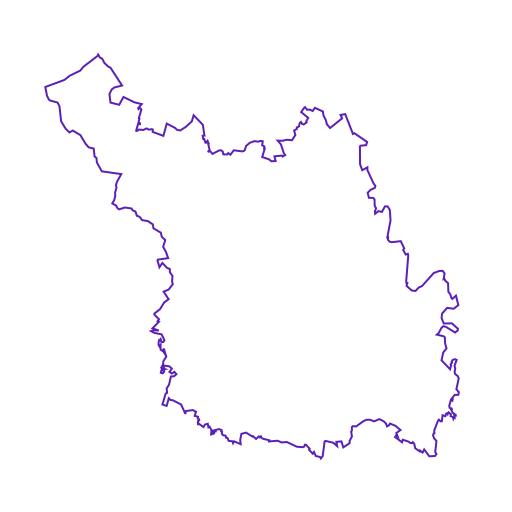 Sincelejo, Sucre, Colombia (Natural Earth projection), rotated 356°
{"feature_id": "7082276B68142499203248", "entity_name": "Sincelejo", "entity_type": "district", "adm_level": 2, "iso_a3": "COL", "parent_name": "Colombia", "parent_adm1": "Sucre", "projection": "natural_earth1", "projection_center": [-75.431, 9.328], "detail": "fine", "context": "isolated", "style": "outline", "palette": "violet", "viewbox_px": 512, "rotation_deg": 356, "n_neighbors": 0, "source": "geoboundaries", "source_scale": "gbopen_adm2", "svg_char_len": 6123}
<svg xmlns="http://www.w3.org/2000/svg" viewBox="0 0 512 512"><g transform="rotate(356 256 256)"><path d="M227.6,442.6L227.4,438.5L229.0,432.4L233.7,431.5L239.9,435.9L240.4,435.5L243.3,438.5L246.3,436.2L247.0,437.1L248.3,436.3L248.7,437.7L250.5,438.9L256.3,440.7L256.0,441.9L264.7,441.8L268.6,443.8L273.8,443.7L283.4,449.1L289.4,450.0L290.8,449.5L291.5,447.7L292.6,447.7L296.1,452.0L295.4,453.0L298.8,457.2L300.2,455.5L301.6,459.6L305.8,461.0L306.6,462.5L308.6,460.2L311.5,445.8L312.4,445.3L320.1,447.7L323.7,451.3L323.2,447.0L328.3,446.9L329.7,453.0L336.3,449.3L336.5,447.0L339.1,442.7L338.7,437.9L339.5,436.7L339.7,433.4L340.8,432.5L344.0,433.0L351.7,428.2L354.9,427.1L358.3,427.3L362.2,429.2L367.7,427.3L371.9,429.8L374.0,432.2L374.8,435.1L376.8,434.2L378.0,432.5L383.2,435.1L388.0,439.7L383.6,442.4L384.7,445.8L383.3,444.7L382.1,446.3L388.7,452.0L389.6,449.5L395.4,451.9L396.9,453.4L398.9,453.5L399.5,452.7L400.8,454.4L401.4,458.9L405.7,462.3L406.0,461.5L408.5,463.7L410.3,460.7L414.9,467.9L420.5,468.0L422.2,466.2L421.1,464.1L423.1,453.1L420.9,450.2L420.1,447.2L420.8,445.4L421.6,445.3L421.6,442.6L426.0,433.1L427.1,432.0L428.5,433.8L429.8,433.8L431.0,427.9L433.7,429.0L434.7,426.5L436.1,426.1L436.3,426.9L437.2,425.4L439.3,427.3L438.9,429.2L441.2,430.5L441.5,432.0L441.9,431.1L442.9,431.5L442.8,429.3L444.2,429.2L444.0,428.2L442.6,428.2L442.6,427.1L441.4,426.4L439.9,422.8L440.7,422.5L440.4,421.7L438.6,421.0L438.3,419.0L440.3,413.4L441.8,414.1L442.3,412.5L441.3,411.9L444.6,408.4L448.1,408.6L448.9,406.0L446.6,403.0L449.7,392.1L448.9,389.9L446.4,387.6L446.0,385.5L446.9,382.5L446.4,379.3L448.9,373.7L447.4,372.8L444.9,373.4L443.7,375.3L444.2,376.0L442.5,377.8L443.0,378.7L441.7,382.5L433.8,373.0L436.1,365.2L439.6,361.5L438.5,355.9L438.7,350.3L437.7,349.2L430.9,347.1L432.8,345.7L436.0,340.6L437.9,339.1L440.6,340.0L449.3,346.2L452.0,344.3L452.4,342.7L446.8,336.9L438.6,336.4L436.8,330.8L437.6,326.4L443.0,321.1L449.6,322.4L454.4,319.1L452.7,309.5L448.8,312.5L447.8,311.1L447.3,308.1L445.4,305.1L445.7,296.5L442.9,293.6L442.4,291.9L441.5,292.2L442.9,286.6L441.2,283.8L437.5,283.8L432.1,285.4L419.6,297.5L416.0,298.9L412.7,302.0L409.0,301.3L404.1,296.3L405.1,293.5L404.1,293.3L404.1,291.5L407.9,266.2L407.6,264.4L405.5,265.0L403.2,260.3L404.4,258.7L401.4,251.3L392.3,251.7L390.6,251.2L388.7,249.0L389.1,246.6L388.3,246.6L392.7,229.8L392.7,219.4L390.8,215.7L388.1,215.5L384.7,220.8L381.2,219.8L377.8,222.2L377.7,219.8L379.1,216.9L377.9,213.9L378.2,207.8L376.9,206.2L372.7,205.8L371.8,200.7L375.0,197.9L379.2,196.4L380.0,194.5L378.1,191.3L373.1,178.0L373.3,175.3L368.0,177.8L366.2,171.7L367.3,154.1L367.8,153.3L373.6,153.1L374.8,150.0L362.6,140.3L361.2,141.0L354.9,120.7L350.2,121.2L351.5,124.7L338.8,133.5L335.9,129.5L335.1,125.1L333.2,120.9L332.8,116.5L325.1,112.3L322.6,115.3L319.9,113.7L317.2,113.7L315.3,110.9L314.6,111.3L311.1,115.6L317.7,121.8L315.5,125.3L315.8,126.3L312.7,128.1L311.4,127.6L310.2,125.4L308.9,126.4L307.9,129.8L305.7,130.6L305.6,132.1L302.8,133.5L303.7,138.0L300.0,143.0L294.9,142.2L290.5,142.9L285.7,142.4L288.7,146.5L290.9,155.3L292.2,157.4L289.4,158.6L288.8,157.6L281.3,157.9L282.2,162.6L278.0,162.6L275.6,160.4L269.1,157.7L272.2,149.5L271.5,149.3L272.0,147.3L269.9,146.0L270.7,142.0L268.5,141.5L266.2,142.1L262.6,141.3L257.8,142.6L253.8,145.5L252.2,149.6L251.3,150.3L249.7,150.7L241.2,149.0L237.5,153.2L235.5,151.4L234.3,152.7L230.5,152.3L230.0,149.3L228.5,148.1L226.4,148.2L219.7,151.1L217.4,148.0L215.1,148.9L217.1,147.0L216.1,140.7L216.6,140.5L215.7,137.7L215.2,138.2L215.8,139.1L213.5,139.5L212.5,135.7L211.6,135.7L211.2,132.3L213.0,132.3L212.1,121.4L203.6,111.2L201.4,117.2L195.0,122.3L189.1,125.5L185.9,124.5L184.2,122.6L176.2,117.7L172.0,129.7L161.6,125.0L161.9,122.7L161.0,122.2L157.9,122.5L155.9,121.1L152.3,122.4L148.2,121.7L146.1,123.0L145.2,122.7L147.5,116.2L149.4,116.4L149.6,115.6L148.0,114.9L149.3,110.8L148.7,110.4L151.9,101.9L150.4,100.0L149.1,101.2L148.8,100.3L152.6,96.5L145.4,94.2L134.9,88.1L130.1,95.6L121.5,92.8L121.1,84.1L123.8,79.7L126.5,78.0L134.3,76.6L123.9,57.9L121.7,56.7L118.2,52.8L116.3,48.4L114.2,47.2L112.6,44.0L111.7,45.5L97.0,55.2L93.6,58.8L82.9,63.1L77.1,67.0L57.6,72.7L58.7,81.6L60.3,85.5L61.6,86.6L68.8,89.1L70.4,93.0L71.0,108.0L75.0,115.8L78.5,119.7L82.0,118.1L89.2,123.1L93.9,132.3L96.6,135.9L101.6,137.5L101.9,145.4L103.7,147.1L103.8,151.6L108.1,160.8L127.3,164.9L122.4,172.4L121.2,175.8L121.6,178.0L119.8,183.2L119.8,186.2L118.5,190.3L116.3,193.6L120.2,196.1L120.6,197.9L122.5,199.9L128.7,198.5L135.1,199.9L136.2,201.9L138.8,203.2L140.0,207.6L142.7,208.8L144.9,212.3L150.5,213.6L155.3,217.3L155.6,221.2L162.7,226.1L163.3,230.2L166.6,233.8L164.0,240.3L166.5,245.8L168.2,252.0L157.8,252.8L157.4,253.5L158.9,260.5L162.1,256.4L166.5,261.7L169.1,262.9L169.0,266.2L171.3,270.1L170.5,275.5L171.0,278.4L166.5,283.4L161.4,285.1L165.8,293.0L161.2,295.9L156.5,302.4L150.6,306.3L150.5,307.4L154.8,312.3L153.3,314.2L154.6,314.8L147.7,320.9L153.8,323.6L148.9,322.9L146.1,323.6L149.2,325.6L156.4,327.6L158.8,333.7L157.4,335.4L155.7,335.2L155.1,332.3L154.2,333.4L153.6,333.0L153.0,334.5L152.6,337.7L153.3,339.4L154.6,337.9L154.3,342.7L156.4,344.5L157.2,342.7L158.0,343.4L157.0,344.9L157.8,346.4L158.2,345.0L159.5,350.1L156.3,354.4L155.4,359.2L154.8,359.0L153.7,360.8L154.4,361.5L152.9,365.8L154.6,366.6L155.7,365.8L156.4,364.4L155.3,363.7L155.7,362.5L157.3,362.4L155.7,361.6L156.5,360.5L155.9,358.9L156.9,358.9L162.0,360.1L164.2,362.5L161.6,365.6L163.9,367.4L166.4,365.8L168.4,368.3L165.9,370.2L162.7,370.3L160.2,378.5L157.7,381.7L157.7,386.4L156.3,386.9L152.3,397.6L156.4,399.3L159.1,391.8L160.7,393.7L163.0,394.1L170.9,398.9L174.6,408.7L175.0,405.8L182.3,405.3L185.3,407.2L183.7,411.2L186.9,412.3L186.6,413.9L187.7,414.8L187.1,415.5L187.7,416.1L186.5,417.0L186.4,420.6L187.1,419.1L191.6,423.0L193.3,420.6L196.2,420.0L196.6,423.6L197.8,423.0L199.4,426.5L198.8,430.9L201.7,430.1L202.1,428.4L203.5,428.2L203.3,427.5L200.5,428.4L200.0,427.4L207.0,426.1L209.5,427.2L209.1,428.4L209.9,429.1L209.5,430.5L210.3,432.3L213.2,433.2L213.5,435.2L214.9,435.6L215.8,438.5L219.7,439.2L220.1,441.1L221.3,439.4L227.6,442.6Z" fill="none" stroke="#5b21b6" stroke-width="2"/></g></svg>